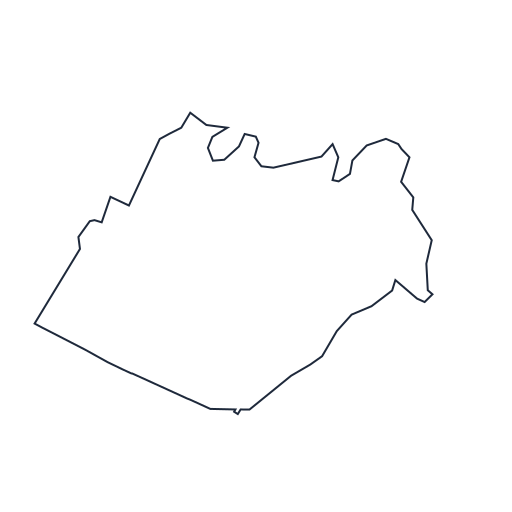 Sumner, Tennessee, United States of America, rotated 203°
{"feature_id": "52423323B49369040245103", "entity_name": "Sumner", "entity_type": "district", "adm_level": 2, "iso_a3": "USA", "parent_name": "United States of America", "parent_adm1": "Tennessee", "projection": "robinson", "projection_center": [-86.465, 36.449], "detail": "fine", "context": "isolated", "style": "outline", "palette": "slate", "viewbox_px": 512, "rotation_deg": 203, "n_neighbors": 0, "source": "geoboundaries", "source_scale": "gbopen_adm2", "svg_char_len": 1041}
<svg xmlns="http://www.w3.org/2000/svg" viewBox="0 0 512 512"><g transform="rotate(203 256 256)"><path d="M433.4,107.3L426.5,106.7L426.4,106.7L424.6,106.5L422.7,106.4L376.7,103.0L351.1,100.3L334.3,99.5L324.8,99.2L324.0,99.5L300.5,98.9L263.6,97.9L261.2,98.0L260.4,98.0L238.3,97.4L215.0,106.7L215.3,104.1L211.0,103.4L210.2,108.7L202.0,112.1L176.9,159.5L163.6,177.3L156.0,189.6L152.3,218.4L145.1,239.4L130.0,255.0L117.2,277.4L118.3,288.3L91.1,279.7L82.8,279.5L78.6,289.7L84.5,291.6L96.2,315.5L100.4,339.2L130.2,359.5L134.1,371.4L151.4,381.0L153.3,406.8L163.8,411.3L168.8,414.6L182.2,414.6L197.3,401.0L204.6,381.6L201.6,368.3L209.1,357.0L215.2,355.8L218.8,379.0L229.2,388.9L234.6,373.1L274.5,344.1L286.1,340.7L296.0,346.3L297.9,361.2L302.8,365.8L314.1,363.9L314.5,350.2L322.8,332.2L332.9,326.9L342.5,336.7L342.7,348.6L332.5,362.9L352.9,357.2L372.5,362.2L374.9,344.9L383.4,334.8L390.3,326.1L392.7,252.8L413.1,253.6L411.2,226.7L418.7,225.9L422.6,223.1L426.9,204.1L420.8,193.7L433.4,107.3Z" fill="none" stroke="#1e293b" stroke-width="2"/></g></svg>